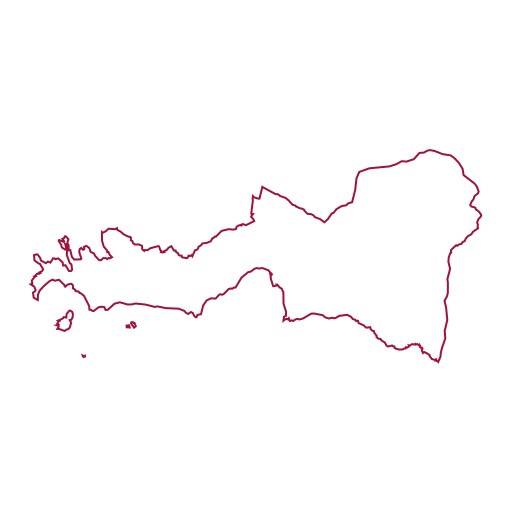 the district of Bunda, Mara, United Republic of Tanzania
{"feature_id": "72390352B35806479810351", "entity_name": "Bunda", "entity_type": "district", "adm_level": 2, "iso_a3": "TZA", "parent_name": "United Republic of Tanzania", "parent_adm1": "Mara", "projection": "orthographic", "projection_center": [33.643, -2.036], "detail": "fine", "context": "isolated", "style": "outline", "palette": "rose", "viewbox_px": 512, "rotation_deg": 0, "n_neighbors": 0, "source": "geoboundaries", "source_scale": "gbopen_adm2", "svg_char_len": 5986}
<svg xmlns="http://www.w3.org/2000/svg" viewBox="0 0 512 512"><path d="M450.7,155.4L442.5,154.1L434.4,150.9L429.8,150.1L427.2,150.7L423.9,152.6L419.5,152.9L413.8,159.2L406.4,161.6L401.7,161.2L396.3,164.2L389.5,166.4L369.4,168.3L359.3,171.9L356.5,178.3L355.2,189.9L352.1,202.2L348.1,203.4L346.2,205.3L341.8,206.0L336.4,209.2L333.6,212.8L331.7,213.5L327.8,219.2L324.4,222.3L320.1,219.1L315.0,217.2L313.3,215.2L310.8,214.1L307.5,213.8L304.4,210.7L304.2,209.8L302.4,208.8L299.8,208.2L295.8,206.4L295.5,205.6L292.5,204.8L288.6,200.4L285.5,197.9L279.7,195.8L278.1,194.3L275.3,194.0L262.3,186.9L259.5,198.6L257.5,198.5L253.5,197.0L253.0,196.2L252.7,197.4L252.8,201.1L251.3,213.1L251.4,213.9L253.0,214.0L251.1,216.7L253.4,219.2L254.2,221.1L246.1,225.1L242.8,224.1L241.4,225.4L241.1,224.7L237.8,225.9L236.5,227.1L235.9,229.1L233.4,229.6L228.6,229.2L221.6,230.9L215.8,236.7L214.9,236.5L213.3,238.2L212.4,238.3L210.8,241.2L207.0,242.8L202.3,243.5L201.2,245.1L198.4,246.9L198.1,248.5L196.8,249.8L195.0,250.3L192.3,256.3L191.5,255.2L190.5,255.9L188.6,255.7L188.6,256.5L187.0,258.2L182.6,257.4L181.8,257.0L181.6,255.6L179.6,255.5L178.6,254.9L178.0,253.1L176.2,252.1L175.6,250.5L174.1,250.7L171.3,246.2L168.6,247.7L166.4,250.3L164.5,250.8L163.7,251.6L164.2,252.1L163.2,252.5L160.9,252.1L161.3,250.9L160.2,249.9L159.1,246.5L158.3,246.1L150.4,248.2L147.4,250.2L144.6,250.1L144.2,250.9L142.3,249.4L142.0,245.8L138.7,244.4L135.1,244.6L133.0,243.1L132.4,241.1L130.9,240.3L130.9,237.6L130.0,236.8L128.4,236.7L123.6,234.3L120.7,231.7L117.4,229.9L117.0,228.2L115.2,229.2L108.5,228.7L105.7,231.3L102.6,232.8L102.0,232.2L102.0,240.5L103.7,246.5L107.2,250.7L107.2,252.1L108.4,252.0L109.7,254.8L112.0,257.2L109.9,258.3L108.6,258.0L107.1,259.1L105.9,258.1L103.2,258.1L101.1,260.2L99.2,260.2L95.0,255.7L93.9,253.4L90.6,251.9L89.2,247.9L86.3,245.9L84.0,246.8L84.3,249.1L83.7,249.6L82.8,249.7L81.3,247.9L79.7,249.1L79.2,252.0L81.3,258.5L80.9,259.3L74.2,259.6L71.8,256.6L70.3,250.1L68.8,250.3L68.5,245.1L67.3,243.1L68.4,239.2L65.9,236.4L64.9,236.3L64.0,238.2L62.5,238.8L64.3,241.6L64.0,242.1L59.8,240.1L58.7,240.3L58.7,240.9L61.3,245.0L61.7,247.3L65.1,249.6L66.3,248.6L65.2,244.0L66.9,244.6L67.3,248.9L66.7,254.8L69.8,263.2L71.4,264.3L72.1,269.7L71.3,270.9L69.0,271.1L65.5,265.2L63.2,265.6L62.6,262.3L58.2,258.4L55.3,259.2L54.8,258.5L53.1,258.3L50.4,262.6L47.9,261.6L45.8,263.2L40.9,260.5L40.1,257.8L37.7,254.7L36.9,254.3L34.0,255.1L34.5,260.4L38.5,263.4L39.9,263.9L43.2,269.3L42.0,271.2L39.5,272.4L40.3,273.2L39.0,273.9L37.5,273.6L36.2,274.6L35.5,275.4L36.0,276.1L34.3,276.5L34.7,276.9L31.8,280.5L32.3,283.8L30.7,284.3L34.2,286.6L35.6,289.8L35.2,291.2L33.0,292.6L33.7,297.7L37.8,300.0L38.0,294.5L39.7,290.6L43.6,286.3L49.6,281.1L52.8,279.6L54.6,280.7L59.0,279.8L64.2,284.8L64.8,286.5L65.5,286.7L66.9,285.0L69.0,284.2L71.2,283.8L72.5,284.7L73.1,286.4L72.9,288.3L75.3,289.8L75.6,291.1L78.7,291.6L79.5,292.9L80.9,293.3L84.0,295.9L89.1,305.9L89.5,309.8L90.9,309.8L92.6,311.0L93.7,311.0L98.4,307.4L101.3,306.7L104.3,307.1L105.5,309.9L107.6,309.9L114.5,303.7L119.8,302.3L127.6,304.5L131.7,304.4L135.6,303.5L145.7,304.6L154.6,306.9L157.6,306.4L165.7,308.1L178.7,308.7L184.2,310.8L186.0,312.8L188.1,314.0L190.9,312.0L191.8,312.5L192.8,313.0L194.1,315.7L195.7,317.3L196.5,317.2L197.5,314.9L201.0,314.2L203.2,305.4L206.6,300.5L210.9,298.3L215.6,298.6L219.1,294.8L220.1,294.3L222.5,294.7L223.7,294.0L228.6,289.1L230.7,288.4L232.0,288.8L234.1,287.5L235.5,287.6L241.6,277.5L248.1,272.2L250.8,271.6L254.5,268.8L256.6,268.1L258.9,268.5L262.6,268.1L268.2,270.2L269.7,271.7L270.3,274.4L272.0,272.8L270.9,274.1L271.6,274.6L270.9,275.0L270.7,278.3L273.2,286.2L277.0,285.5L276.7,284.6L277.4,284.7L279.6,287.4L281.7,288.7L283.4,292.5L283.5,303.5L286.1,311.7L286.0,315.7L284.0,316.8L283.5,320.7L285.5,319.2L287.1,318.9L288.0,319.5L288.8,318.3L289.9,321.0L291.8,320.4L293.1,321.0L295.5,319.4L297.6,318.9L299.2,319.5L303.0,318.5L311.1,313.7L313.9,313.5L322.8,315.2L324.9,317.2L328.7,318.5L332.3,317.7L333.8,318.3L335.6,318.0L339.1,315.9L347.1,314.8L351.0,316.8L352.9,319.1L355.1,319.7L356.2,321.1L357.2,320.6L358.1,321.0L358.5,323.0L363.4,325.2L366.3,327.7L370.2,327.2L370.7,329.1L372.4,330.8L373.9,331.0L374.2,332.6L376.7,335.9L376.5,337.1L378.4,338.7L380.6,339.0L381.2,340.3L384.7,342.4L386.6,345.7L388.0,346.5L392.1,345.5L392.8,346.3L394.0,346.3L394.7,347.1L394.6,348.0L396.0,348.7L399.5,349.6L402.7,349.4L404.6,348.4L405.7,348.4L406.0,347.2L407.1,347.6L409.1,346.4L408.8,345.4L409.5,345.7L412.1,344.1L413.8,344.5L415.4,343.9L415.6,344.6L417.3,344.1L419.6,345.8L419.7,345.2L420.3,346.1L420.2,347.3L422.1,347.8L422.5,348.8L421.7,349.3L421.9,350.8L423.0,353.0L424.1,352.0L427.1,353.4L429.6,355.0L429.5,355.8L431.8,359.0L434.9,359.9L435.7,359.5L435.6,360.4L436.4,360.0L436.9,361.1L437.7,361.1L438.2,361.9L440.5,356.6L440.8,352.7L442.2,347.3L445.3,338.5L444.7,330.8L447.3,320.0L446.1,307.5L444.5,300.9L446.9,296.5L447.8,293.3L447.9,282.8L447.4,279.1L450.1,268.8L448.4,261.8L448.7,257.5L450.2,253.3L451.2,252.7L450.9,250.3L452.2,248.9L456.2,245.2L457.3,245.8L459.0,244.5L461.4,243.9L462.5,242.3L464.8,240.9L465.6,238.9L468.0,236.0L471.2,234.4L473.2,231.6L478.1,228.2L477.6,226.8L477.9,224.5L477.1,222.6L478.4,219.2L480.9,216.5L481.3,214.9L478.8,211.5L475.9,209.4L475.2,207.6L471.2,206.4L470.2,205.0L471.8,201.3L473.4,199.4L474.6,196.0L478.1,193.3L478.6,191.3L476.8,186.6L474.7,183.7L463.6,175.1L462.6,168.9L458.9,162.9L454.6,158.3L450.7,155.4ZM72.3,312.0L70.6,310.7L69.3,310.7L66.6,314.0L66.3,317.6L63.9,317.0L62.8,318.4L60.3,319.7L59.9,320.6L58.8,320.2L57.8,320.7L58.8,321.4L57.3,323.4L58.5,324.6L56.6,325.2L58.5,325.8L58.7,326.7L57.3,328.9L59.3,329.0L64.6,331.0L66.3,329.6L68.1,329.2L69.8,327.6L71.1,322.7L69.7,320.1L71.3,319.8L72.6,317.4L72.9,314.1L72.3,312.0ZM132.9,322.2L131.5,322.1L131.0,323.4L134.1,327.7L135.8,326.2L134.5,323.0L133.8,323.2L132.9,322.2ZM129.1,325.3L126.6,325.6L126.7,327.3L129.7,327.5L129.1,325.3ZM82.7,355.5L83.3,356.9L85.0,356.6L84.9,355.7L84.0,356.1L82.7,355.5Z" fill="none" stroke="#9f1239" stroke-width="2"/></svg>